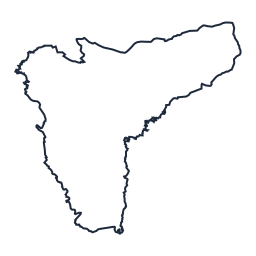 the district of Mueang Phitsanulok, Phitsanulok, Thailand
{"feature_id": "78962969B1264982226283", "entity_name": "Mueang Phitsanulok", "entity_type": "district", "adm_level": 2, "iso_a3": "THA", "parent_name": "Thailand", "parent_adm1": "Phitsanulok", "projection": "orthographic", "projection_center": [100.243, 16.805], "detail": "fine", "context": "isolated", "style": "outline", "palette": "slate", "viewbox_px": 256, "rotation_deg": 0, "n_neighbors": 0, "source": "geoboundaries", "source_scale": "gbopen_adm2", "svg_char_len": 5660}
<svg xmlns="http://www.w3.org/2000/svg" viewBox="0 0 256 256"><path d="M125.3,187.6L127.2,185.2L126.6,184.1L126.6,183.2L127.6,179.4L126.7,178.5L124.6,177.7L124.1,176.5L125.7,176.1L126.5,175.5L127.9,173.4L128.9,170.9L126.4,167.7L126.3,167.0L127.0,166.2L126.6,165.6L125.9,162.6L124.8,161.5L125.3,159.4L124.9,159.0L124.9,158.3L125.6,157.7L125.5,156.8L126.0,156.4L126.0,151.5L127.4,150.0L127.2,149.2L127.6,148.7L126.8,148.4L126.2,147.6L126.3,147.2L125.7,146.5L126.3,145.5L125.9,144.5L124.9,144.1L125.1,142.8L124.7,142.2L125.2,141.3L124.1,140.3L124.5,139.8L124.6,138.9L125.0,138.8L125.0,138.0L125.9,137.6L127.4,138.2L127.2,141.2L128.6,141.4L129.4,139.2L129.1,138.7L129.2,136.9L130.9,136.9L134.8,137.8L134.6,138.6L135.9,139.0L136.8,136.5L138.6,136.4L139.7,134.9L140.5,135.3L142.6,135.4L142.3,133.6L142.4,133.1L142.7,133.1L142.9,130.8L143.7,130.3L143.8,129.2L144.3,129.2L146.3,130.6L147.4,130.7L147.6,130.4L147.0,130.5L146.9,130.1L145.8,129.5L145.5,128.6L145.8,126.8L146.8,126.2L147.1,125.7L146.7,125.2L145.9,125.8L144.9,125.6L145.8,123.8L145.3,122.3L145.4,120.9L147.0,120.8L147.4,122.6L148.1,122.8L149.2,120.5L150.5,119.9L151.7,118.8L151.3,120.6L152.4,120.8L153.9,121.9L154.4,120.1L153.8,119.0L156.0,120.4L156.3,120.1L154.8,117.8L155.9,118.0L156.5,117.7L158.1,118.4L159.1,117.3L160.2,117.4L160.4,115.7L161.0,114.6L163.2,113.2L163.9,113.9L164.4,113.9L165.2,112.2L165.0,111.3L163.2,112.5L162.9,112.5L162.7,112.1L163.7,111.2L166.2,106.8L166.1,105.1L169.3,104.8L170.2,101.8L173.3,98.5L174.9,98.1L177.3,98.7L177.9,98.1L177.9,97.3L186.4,96.5L189.0,94.8L190.4,92.8L201.5,88.6L201.6,84.7L202.0,83.8L205.6,85.4L209.8,85.9L210.8,85.7L211.6,84.4L211.3,82.5L216.2,76.9L218.6,75.2L220.9,74.5L222.1,73.3L224.2,72.7L226.6,71.5L228.1,71.6L230.4,70.0L231.7,69.6L234.2,63.5L234.0,59.2L236.6,56.4L239.6,54.8L240.4,53.4L240.6,52.1L240.3,49.8L239.4,48.2L239.3,46.1L238.1,44.1L237.7,42.2L235.0,38.2L234.3,35.6L233.3,34.3L234.2,28.2L233.2,24.6L232.3,22.9L228.8,22.5L224.8,22.6L222.4,23.3L220.4,24.4L214.4,25.8L212.2,26.7L207.7,26.2L204.3,25.4L203.1,25.5L199.6,28.0L197.3,30.6L189.8,30.9L182.1,33.2L180.8,34.7L179.0,35.3L177.4,35.0L176.5,35.9L173.8,36.4L172.3,37.8L172.0,38.8L168.4,39.6L167.5,40.4L165.5,41.1L165.0,41.1L164.4,40.1L164.5,39.4L156.9,38.3L153.9,39.0L151.2,41.7L150.4,41.9L140.9,41.6L137.3,42.2L135.5,43.0L134.1,44.1L131.0,47.7L126.9,51.6L124.9,52.8L120.4,52.2L112.6,49.5L103.7,47.5L99.0,45.4L94.7,42.8L92.9,43.6L89.0,42.0L84.6,38.0L84.1,37.9L83.7,38.5L81.5,39.1L79.2,38.9L76.8,39.0L76.5,39.6L77.5,42.3L79.0,44.4L81.3,45.8L81.2,48.0L80.6,50.4L80.8,51.0L82.1,52.9L83.8,54.0L84.2,54.7L83.7,56.1L80.8,58.3L84.3,61.9L82.6,62.4L80.9,61.8L80.4,62.8L77.9,62.4L75.0,61.3L73.1,61.3L71.4,60.7L69.1,59.7L63.5,56.1L65.0,54.5L62.5,52.3L57.5,52.3L55.7,46.5L52.7,47.6L51.6,45.7L44.6,45.7L44.6,46.0L43.9,46.3L43.7,46.1L40.9,47.4L38.8,47.5L38.1,48.2L37.2,48.4L37.1,49.3L36.3,49.6L35.4,50.4L34.3,50.7L33.6,52.6L33.0,52.6L32.7,52.1L31.9,51.9L30.9,52.6L30.3,51.7L29.6,51.6L28.1,52.7L28.6,53.5L28.2,54.0L28.4,55.2L28.1,56.8L26.3,60.2L24.2,60.8L23.8,61.7L23.3,61.4L23.2,60.9L22.3,61.2L21.4,62.6L22.0,63.0L21.7,63.3L21.8,63.8L21.4,63.9L21.5,64.5L21.0,64.7L20.4,64.4L20.4,64.9L19.7,65.5L19.7,66.0L18.4,65.9L18.7,66.5L19.9,66.9L19.8,67.7L20.2,68.6L19.2,68.6L18.9,69.6L18.0,70.0L16.4,69.6L16.2,70.0L16.4,71.0L15.7,71.0L15.4,71.6L17.5,72.3L16.9,72.8L17.3,73.4L18.4,73.2L18.2,72.2L18.6,71.9L19.2,72.0L19.5,72.6L20.3,72.8L20.8,72.3L21.2,72.3L21.2,73.1L22.3,73.3L22.9,73.8L23.9,73.4L24.3,74.7L25.4,75.2L26.4,77.2L26.9,80.3L28.8,81.7L28.4,82.1L25.8,81.5L25.5,81.9L25.8,82.8L25.5,83.3L24.4,82.6L23.9,82.7L24.6,84.0L27.5,85.1L27.9,85.5L27.6,86.1L26.9,86.2L26.5,87.0L27.4,87.8L27.2,88.4L25.0,89.2L25.4,90.8L26.4,91.9L26.0,92.6L25.3,92.8L25.3,93.7L27.5,95.3L30.5,99.2L31.6,100.1L33.4,100.9L37.4,101.4L39.2,102.8L40.1,104.7L39.5,106.8L39.6,107.9L44.2,114.6L45.6,118.9L45.5,121.1L44.4,121.5L44.1,123.0L43.6,123.2L43.8,123.8L43.3,125.2L42.0,127.9L40.6,128.1L37.5,125.3L36.7,125.3L36.4,126.1L36.6,127.4L37.6,128.1L38.7,129.7L42.9,132.1L45.4,137.2L45.2,137.5L44.2,137.9L44.1,139.8L44.7,141.8L43.9,141.9L43.8,142.6L44.8,149.6L45.1,154.7L46.6,157.2L45.7,157.6L46.8,159.9L44.4,162.6L45.9,164.1L46.5,164.4L46.9,165.4L48.9,166.6L48.6,168.0L50.8,169.6L52.2,171.7L52.2,173.4L53.1,174.2L54.0,174.1L55.3,174.8L57.0,176.6L57.0,177.1L56.2,177.4L55.9,177.8L56.0,178.2L56.9,178.8L56.9,180.2L58.3,181.9L59.4,182.0L60.1,182.6L60.9,182.4L61.6,183.2L62.3,186.2L62.0,186.6L63.2,189.1L64.0,189.7L65.6,189.0L66.1,189.2L67.5,190.9L67.5,191.9L66.7,192.6L66.1,194.2L65.6,194.7L66.3,195.4L66.4,196.9L68.6,197.3L69.2,197.9L69.4,198.9L69.1,199.4L68.1,200.2L66.3,200.8L66.3,201.2L66.7,202.0L68.4,201.4L68.9,201.7L70.1,204.4L70.7,208.5L72.1,209.7L74.0,209.6L74.8,209.9L75.3,211.3L74.8,213.6L75.3,214.1L79.2,212.7L80.8,212.8L80.6,214.1L75.2,220.0L75.6,220.5L74.9,222.2L75.2,223.2L75.9,223.5L76.2,224.7L79.0,224.6L78.9,225.2L80.0,225.7L80.3,226.6L80.9,226.5L83.6,228.4L86.8,228.7L88.7,230.2L89.1,231.0L90.2,231.3L90.9,231.1L92.5,232.3L96.4,230.9L97.9,229.5L99.4,229.0L114.1,226.7L115.0,227.3L114.5,229.4L115.7,231.9L119.0,232.9L119.1,232.2L117.9,230.7L118.2,230.0L119.1,229.5L119.8,232.0L119.8,233.5L120.2,233.5L121.0,232.6L121.9,232.5L122.7,231.4L123.1,230.3L122.8,229.8L121.9,230.0L121.5,229.7L121.5,229.1L122.3,228.3L121.8,227.7L121.8,226.6L120.7,226.2L120.5,225.5L121.1,223.5L121.1,222.5L122.1,221.7L121.9,221.1L122.4,219.3L122.1,218.9L122.7,217.5L122.0,215.9L122.4,215.5L122.2,214.9L123.0,213.8L122.9,212.3L123.7,209.2L125.1,208.1L125.3,207.1L125.9,206.9L126.1,206.4L125.5,203.2L124.6,201.5L124.7,199.5L124.1,195.7L124.6,195.2L124.6,194.2L123.7,192.6L125.6,191.5L125.0,188.7L125.3,187.6Z" fill="none" stroke="#1e293b" stroke-width="2"/></svg>